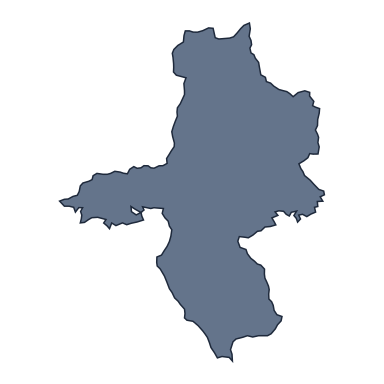 outline of Capivari, São Paulo, Brazil
{"feature_id": "56859067B25592113050406", "entity_name": "Capivari", "entity_type": "district", "adm_level": 2, "iso_a3": "BRA", "parent_name": "Brazil", "parent_adm1": "São Paulo", "projection": "mercator", "projection_center": [-47.486, -22.987], "detail": "fine", "context": "isolated", "style": "filled", "palette": "slate", "viewbox_px": 384, "rotation_deg": 0, "n_neighbors": 0, "source": "geoboundaries", "source_scale": "gbopen_adm2", "svg_char_len": 3280}
<svg xmlns="http://www.w3.org/2000/svg" viewBox="0 0 384 384"><path d="M309.7,92.4L304.8,90.8L298.1,92.6L293.1,96.7L289.9,93.7L286.8,91.6L282.9,90.6L278.9,89.5L273.7,86.1L270.6,83.1L266.4,81.6L265.4,77.3L260.8,74.8L259.5,67.7L258.6,62.4L255.3,58.2L253.9,54.7L251.0,52.9L249.9,48.1L251.6,44.7L251.0,40.5L249.1,36.3L250.3,28.8L249.4,23.0L243.9,25.4L240.7,28.6L237.1,33.0L233.6,36.8L229.6,38.1L218.8,39.0L215.2,37.7L213.1,28.3L208.6,27.9L202.7,30.7L197.4,32.2L193.1,32.1L189.5,30.9L185.3,30.9L184.0,35.6L183.4,42.0L177.9,45.4L173.9,49.4L172.3,53.3L173.0,57.3L173.6,63.7L173.7,67.3L173.5,72.0L176.3,75.2L181.2,76.5L186.0,77.8L183.9,83.6L184.5,90.8L184.5,94.6L180.3,103.7L177.4,107.8L177.0,112.0L177.4,116.2L175.4,121.0L173.4,126.4L171.8,131.7L172.6,136.4L174.4,143.0L174.2,146.6L171.1,151.2L169.2,154.4L166.6,158.5L167.1,163.4L162.9,165.7L159.1,165.8L154.1,168.2L150.8,167.8L148.1,165.8L143.9,165.7L141.0,167.8L137.1,168.3L133.8,166.6L129.7,169.3L127.4,173.8L123.3,173.2L120.2,172.1L114.8,171.3L110.6,173.4L107.3,174.3L103.1,174.3L96.9,173.4L93.1,175.7L92.1,179.6L89.0,181.2L82.9,183.0L80.3,185.9L79.2,191.5L77.3,195.3L73.0,196.4L68.2,199.0L64.3,199.3L59.6,201.1L64.4,206.2L69.2,206.2L73.7,207.3L75.4,212.1L78.8,207.6L82.6,207.7L80.6,211.5L81.8,215.1L81.3,218.9L80.3,222.9L84.5,222.4L88.5,219.6L91.8,217.7L97.7,217.3L106.0,219.5L103.7,223.0L107.1,225.9L109.5,228.7L111.7,223.0L115.9,225.6L122.5,222.9L126.7,224.7L131.5,223.2L137.1,222.0L143.5,220.0L141.8,216.1L141.0,212.4L144.0,210.0L142.6,206.8L150.8,208.5L153.9,207.7L158.4,208.1L163.4,208.5L162.2,213.4L165.0,217.9L168.2,221.2L169.4,226.1L171.8,229.8L170.9,236.1L169.4,241.5L167.1,246.4L164.2,250.7L161.5,255.1L156.9,257.0L156.7,262.4L157.2,266.0L160.2,268.9L164.4,276.0L166.9,282.1L169.4,288.7L172.1,292.6L174.6,297.9L178.2,301.3L180.3,304.4L184.5,309.1L185.0,313.6L184.5,317.9L186.9,320.2L193.0,321.3L198.2,325.7L203.0,331.2L205.3,334.3L207.4,337.4L209.4,342.6L211.0,347.6L214.6,352.9L217.4,357.9L222.0,356.5L229.2,357.4L232.4,361.0L232.0,354.2L230.5,349.7L233.0,341.8L236.0,339.0L243.0,337.2L247.4,335.7L252.7,337.0L258.6,335.7L264.2,335.7L267.5,335.7L271.1,333.8L275.3,328.9L277.5,324.8L281.1,320.9L282.0,316.5L276.9,314.7L274.1,310.4L273.2,305.3L271.6,301.7L268.9,299.0L268.7,294.0L269.2,289.6L268.5,286.2L266.8,282.1L264.9,278.1L264.4,274.0L264.5,269.1L260.8,265.1L257.3,264.0L254.5,261.2L250.8,258.3L247.4,253.7L246.0,249.5L240.1,247.4L237.8,241.2L239.3,236.6L244.7,237.2L248.3,237.8L252.9,235.1L257.4,231.3L261.0,230.8L265.0,227.0L270.4,226.5L275.8,224.9L274.2,221.8L271.9,217.9L277.9,215.4L275.1,211.9L278.8,210.8L283.6,211.3L286.2,214.3L289.3,216.0L291.3,212.3L296.6,211.1L293.9,215.5L296.3,218.4L297.6,222.1L300.5,219.0L298.7,215.1L302.5,214.3L306.8,216.6L310.9,214.1L315.6,212.1L314.5,207.3L317.8,206.5L317.3,201.5L322.8,201.2L320.2,196.8L324.4,194.8L323.7,191.1L318.8,189.4L313.6,184.0L310.2,180.2L304.5,175.5L302.9,171.6L300.8,168.5L298.9,163.8L303.9,160.8L307.9,157.7L309.7,153.6L313.1,154.1L318.0,154.0L319.2,146.9L317.9,142.5L318.6,137.4L317.5,134.2L315.4,130.0L317.5,125.6L317.7,119.5L319.2,113.2L319.6,108.6L315.6,107.2L312.6,105.7L313.8,101.4L309.6,96.1L309.7,92.4ZM141.0,212.4L136.2,214.9L131.5,211.7L131.0,206.5L134.8,209.0L138.1,210.9L141.0,212.4Z" fill="#64748b" stroke="#1e293b" stroke-width="1.5"/></svg>